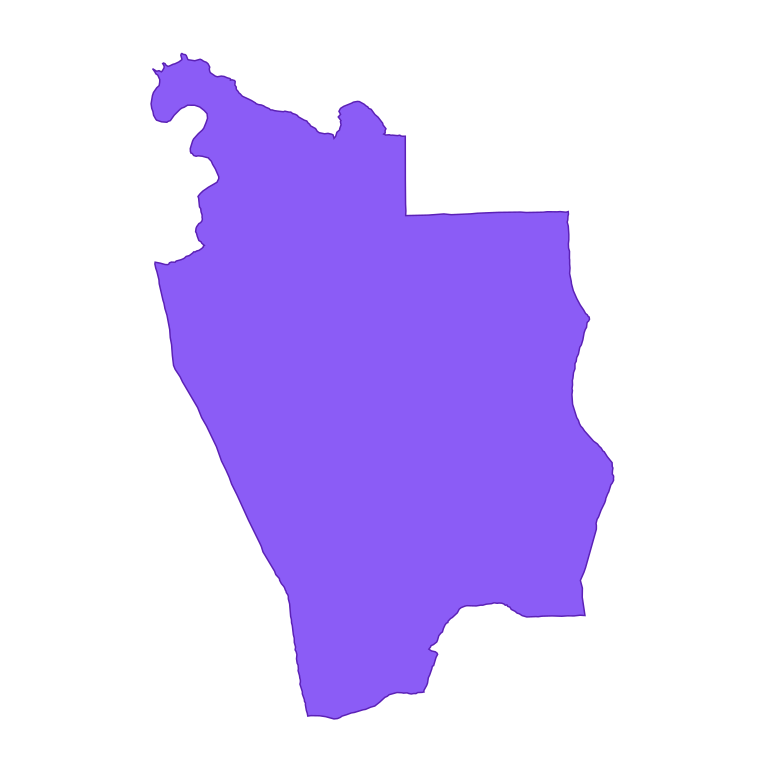 Bounkiling, Sédhiou, Senegal (Albers equal-area conic projection), rotated 89°
{"feature_id": "50182788B68388966372963", "entity_name": "Bounkiling", "entity_type": "district", "adm_level": 2, "iso_a3": "SEN", "parent_name": "Senegal", "parent_adm1": "Sédhiou", "projection": "albers", "projection_center": [-15.653, 13.139], "detail": "fine", "context": "isolated", "style": "filled", "palette": "violet", "viewbox_px": 768, "rotation_deg": 89, "n_neighbors": 0, "source": "geoboundaries", "source_scale": "gbopen_adm2", "svg_char_len": 6103}
<svg xmlns="http://www.w3.org/2000/svg" viewBox="0 0 768 768"><g transform="rotate(89 384 384)"><path d="M64.7,609.9L67.9,607.7L69.9,606.7L71.2,604.8L75.7,602.9L78.2,603.0L81.7,603.6L83.9,606.1L88.5,609.4L91.6,610.5L99.8,612.0L104.4,611.4L107.4,610.3L111.3,609.7L115.0,607.7L116.2,606.8L118.0,601.8L118.5,596.5L117.6,595.2L116.9,593.0L111.6,589.1L105.7,583.0L104.6,581.3L103.8,579.0L101.8,575.5L102.0,568.4L103.8,563.4L107.4,559.0L110.6,556.2L115.2,555.8L119.4,557.3L125.0,559.7L126.9,561.2L130.4,565.2L135.7,570.1L137.6,571.1L145.2,573.6L148.4,573.5L148.9,573.1L149.6,573.1L150.2,571.7L152.2,570.3L153.0,567.9L152.6,565.9L153.1,561.8L154.9,555.5L155.6,555.2L158.2,552.8L161.4,551.5L165.9,548.9L173.9,545.6L175.9,545.7L179.4,547.5L184.1,556.0L187.9,561.7L190.4,564.4L193.2,566.7L195.0,566.1L203.7,565.4L205.5,564.2L208.8,563.9L211.8,562.9L214.5,563.0L215.9,562.7L217.8,563.2L219.5,564.6L220.4,566.3L223.4,568.5L225.0,569.2L228.5,569.7L229.8,568.9L233.1,568.1L237.3,566.6L238.7,564.4L240.1,563.7L242.3,561.2L243.1,562.3L243.9,562.3L245.2,563.7L247.1,566.5L247.8,569.2L248.6,570.3L248.6,572.0L249.7,573.0L252.2,576.4L253.0,579.6L254.6,581.3L255.2,582.3L256.2,584.8L257.4,589.6L258.6,590.8L258.4,594.5L259.1,596.4L260.5,597.2L260.9,598.3L260.7,600.8L259.3,605.5L258.2,610.7L260.0,611.0L264.2,610.2L267.6,609.1L275.9,607.2L279.9,607.0L296.5,603.5L299.5,602.6L304.8,601.7L311.4,599.8L326.0,597.3L333.9,596.9L341.0,595.7L351.8,595.1L361.8,594.1L365.8,592.5L373.3,587.7L378.2,585.5L404.4,570.7L414.4,566.9L423.1,562.1L443.8,552.6L458.2,547.8L467.0,543.6L474.5,540.4L481.4,538.1L493.0,532.6L517.7,521.9L541.3,510.8L544.3,509.5L549.8,507.9L569.2,496.7L572.7,495.5L576.7,492.0L578.3,491.8L579.8,491.1L581.8,490.1L584.6,487.8L586.0,487.0L588.4,486.2L589.4,485.6L590.9,485.3L593.0,483.9L594.5,483.4L597.2,483.4L602.2,482.2L614.8,481.4L617.8,480.7L621.2,480.6L623.9,479.9L633.2,479.0L636.4,478.2L640.9,478.2L645.4,477.0L648.3,477.5L650.1,476.5L653.1,475.8L657.2,476.3L661.7,475.7L663.6,474.8L667.3,474.6L669.1,474.9L674.0,473.6L676.6,473.3L678.4,472.8L680.5,472.8L682.6,473.3L690.3,471.0L692.4,471.1L697.9,469.2L700.1,469.0L701.5,468.1L703.4,468.2L709.2,467.3L711.7,466.5L714.7,466.0L714.3,462.9L714.6,454.1L715.6,448.1L718.0,439.9L717.7,436.3L716.6,433.6L715.3,431.7L714.0,427.2L712.3,422.3L711.9,419.4L709.4,410.7L709.0,408.1L706.9,403.0L705.8,398.8L701.8,393.6L697.3,388.6L696.3,386.2L694.7,384.2L692.7,376.4L693.0,371.7L693.4,369.8L693.2,366.3L693.9,364.6L694.4,362.2L694.0,359.6L694.1,357.4L693.1,355.7L693.0,351.3L692.6,349.4L692.0,349.6L690.8,349.3L686.1,346.6L683.8,345.7L678.5,344.8L675.7,343.4L669.7,341.2L667.1,340.6L666.4,339.3L658.4,336.8L655.2,335.1L653.8,335.8L652.6,337.5L651.7,341.2L649.9,343.8L647.8,342.1L646.4,341.5L645.4,339.1L642.9,335.8L641.2,335.0L636.6,333.6L634.2,331.6L632.9,329.9L629.6,328.9L626.0,327.2L624.2,325.8L623.6,324.3L622.3,324.1L619.7,321.6L618.6,319.7L614.1,314.7L610.4,312.7L608.9,310.7L607.5,306.9L607.1,305.0L607.5,295.6L606.8,291.1L606.9,289.1L605.9,285.5L605.5,280.3L604.7,277.8L605.2,274.6L605.0,272.9L605.2,270.1L606.0,268.0L607.3,266.6L607.0,265.0L608.5,264.2L609.3,262.0L611.6,260.7L613.5,257.0L615.4,254.9L616.1,252.7L618.0,249.9L619.4,245.3L619.2,236.1L619.4,234.0L618.9,230.1L618.8,220.0L619.3,210.3L619.0,204.3L619.2,198.0L618.6,192.0L619.0,187.1L600.7,189.5L591.5,189.2L583.8,191.1L575.8,187.4L571.2,185.7L532.9,174.2L529.3,174.1L527.1,174.4L523.0,173.3L520.6,171.8L514.0,169.2L506.6,165.4L504.0,164.5L502.2,164.2L497.5,162.2L495.8,161.2L488.7,158.9L487.0,157.5L484.2,156.1L482.6,156.2L480.7,156.0L479.6,156.2L478.2,157.3L474.9,157.1L472.0,156.6L470.5,157.2L466.6,157.3L460.6,162.0L455.6,165.0L454.8,166.3L451.8,168.0L449.9,170.0L447.7,171.6L444.8,175.5L434.5,184.3L431.4,186.3L429.6,188.0L427.0,189.3L423.9,190.2L420.9,191.9L407.5,195.8L397.8,196.3L393.9,195.7L391.9,196.1L388.3,195.5L383.7,195.6L381.5,195.0L375.9,194.3L372.1,192.8L366.9,192.7L364.6,191.4L361.0,190.9L357.5,189.1L350.7,187.6L348.3,186.0L343.3,184.4L336.2,183.0L333.0,181.8L330.9,180.5L326.7,180.0L325.6,179.5L324.7,178.4L322.9,177.4L320.6,177.7L320.1,178.6L318.3,179.6L317.1,181.2L313.5,183.1L308.5,186.4L302.1,189.7L294.0,193.1L287.0,194.8L284.6,195.0L276.8,196.5L271.3,196.0L267.3,196.3L263.1,196.2L261.5,196.4L254.5,196.2L251.3,197.1L247.0,197.2L243.1,196.7L237.8,196.6L229.3,197.0L225.3,198.0L223.2,197.4L219.2,197.1L217.4,196.6L214.8,196.8L215.4,198.9L214.7,205.0L214.9,208.0L214.6,217.6L215.0,221.8L215.0,238.8L214.5,244.3L214.4,267.4L214.9,288.0L215.4,294.3L215.9,313.7L215.0,321.2L215.9,336.8L216.0,359.4L211.3,359.1L204.7,359.3L180.7,359.1L136.6,358.4L136.6,361.4L136.1,363.2L135.5,363.8L135.9,366.2L135.3,371.3L135.4,372.7L134.9,374.4L135.1,377.9L134.1,379.9L133.0,378.4L130.7,378.5L128.8,377.6L125.0,380.4L123.2,380.8L117.1,385.3L114.4,388.4L109.2,392.0L108.1,394.5L106.5,395.5L105.8,396.9L103.9,399.0L101.2,403.7L101.0,405.5L101.4,408.3L101.7,409.8L102.6,411.4L105.7,419.5L107.7,422.7L110.6,424.3L113.6,422.7L116.2,425.1L119.9,422.4L120.9,423.0L124.1,422.4L127.8,423.8L129.2,424.0L131.5,426.7L135.5,428.0L137.5,429.7L134.0,430.6L133.3,432.1L132.4,435.6L132.8,439.0L131.6,444.4L130.2,446.3L127.4,448.0L124.6,452.9L123.0,453.8L121.6,455.4L119.7,456.6L118.8,459.1L115.4,464.9L114.0,465.9L112.9,467.8L112.0,470.3L112.1,470.5L110.5,472.4L110.5,474.1L109.5,478.3L110.0,479.9L109.3,485.5L108.8,488.6L108.0,491.1L108.0,492.6L106.6,494.1L105.1,497.6L103.8,499.5L102.9,501.7L102.4,504.7L101.4,507.2L100.8,507.5L98.2,511.6L93.8,520.6L91.3,522.8L90.6,523.8L88.6,525.0L87.2,526.3L85.6,526.7L84.6,526.5L82.5,527.9L79.0,527.5L78.0,528.1L77.2,530.6L77.5,532.2L76.5,532.1L75.9,532.7L75.1,535.4L73.7,538.5L73.3,541.4L73.9,545.2L73.3,547.2L69.7,552.2L68.3,552.8L66.0,553.2L64.1,552.7L60.8,554.3L59.3,555.9L58.1,558.8L56.7,560.7L56.1,562.2L57.5,567.5L56.4,574.0L56.0,574.5L52.1,576.0L51.2,577.0L50.9,578.9L50.0,580.3L50.5,581.0L51.9,581.4L55.6,580.4L56.2,580.5L58.4,583.5L60.2,587.5L60.6,589.3L62.1,592.6L62.7,594.5L61.2,596.6L59.9,597.3L59.2,598.8L59.7,599.7L62.2,598.3L64.1,598.4L67.1,600.2L68.0,601.2L66.8,603.5L67.3,605.9L64.7,609.9Z" fill="#8b5cf6" stroke="#5b21b6" stroke-width="1.5"/></g></svg>